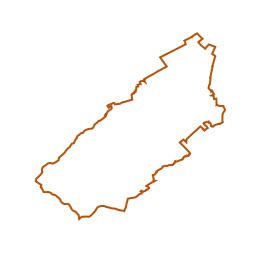 outline of Sansimion, Harghita, Romania, rotated 350°
{"feature_id": "2599482B56401198532515", "entity_name": "Sansimion", "entity_type": "district", "adm_level": 2, "iso_a3": "ROU", "parent_name": "Romania", "parent_adm1": "Harghita", "projection": "natural_earth1", "projection_center": [25.853, 46.241], "detail": "fine", "context": "isolated", "style": "outline", "palette": "amber", "viewbox_px": 256, "rotation_deg": 350, "n_neighbors": 0, "source": "geoboundaries", "source_scale": "gbopen_adm2", "svg_char_len": 5731}
<svg xmlns="http://www.w3.org/2000/svg" viewBox="0 0 256 256"><g transform="rotate(350 128 128)"><path d="M64.1,209.1L67.0,207.4L71.7,208.0L73.7,208.5L74.4,208.6L74.8,208.5L76.7,207.5L80.8,204.5L81.5,203.9L82.2,202.9L82.8,202.3L83.4,201.6L84.8,200.6L86.3,200.3L88.4,200.2L90.3,200.5L91.0,200.8L91.7,201.1L92.6,201.8L93.4,202.2L95.2,202.9L95.9,203.2L97.9,204.2L98.8,204.5L100.6,205.0L101.0,205.1L101.6,205.3L102.0,205.6L102.5,205.8L103.8,206.7L104.6,207.1L105.5,207.5L106.2,207.9L107.8,208.2L109.0,208.6L109.8,209.2L112.0,205.8L113.0,203.6L113.6,201.8L115.1,198.9L115.6,197.6L118.1,197.5L119.9,197.6L122.7,197.6L123.6,197.4L124.5,197.1L125.3,196.6L125.7,196.4L126.0,196.3L126.4,195.9L126.8,195.7L127.1,195.4L127.3,195.3L127.5,195.2L127.9,195.1L128.5,195.0L129.6,194.8L130.1,194.9L130.2,194.1L130.7,193.6L129.6,192.5L130.2,192.1L131.7,193.5L132.4,193.3L133.4,192.9L134.3,192.8L134.9,192.2L135.4,192.4L135.8,191.8L136.4,192.0L137.2,191.6L138.4,190.8L138.1,189.9L136.0,188.3L141.1,186.1L141.8,185.8L142.3,185.7L144.6,185.1L145.4,184.8L144.2,184.5L143.9,183.7L144.4,183.4L144.4,183.0L144.4,182.6L144.4,182.0L144.3,179.8L144.2,178.6L145.9,178.6L146.3,178.5L147.2,177.7L147.4,177.3L148.7,176.3L148.4,175.8L149.1,175.5L150.9,174.6L154.0,173.7L154.4,173.2L155.2,172.4L155.8,171.8L156.1,171.9L156.7,171.8L157.3,172.0L157.5,172.0L158.2,171.8L158.8,171.8L159.1,171.9L159.7,172.2L160.5,172.1L160.8,171.9L162.1,171.6L162.5,171.8L162.8,171.9L163.4,171.8L164.3,171.8L164.8,171.9L165.2,172.2L165.4,172.2L165.7,172.1L165.8,172.0L166.1,171.9L166.2,171.6L166.3,171.6L166.6,171.5L167.2,170.9L167.2,170.7L167.3,170.5L167.6,170.4L167.7,170.5L167.8,170.4L168.0,170.3L168.0,170.1L168.3,170.1L168.3,169.7L168.8,169.5L168.8,169.4L168.5,169.1L168.6,168.9L168.8,169.1L169.1,169.1L169.3,169.3L169.5,169.4L170.9,169.4L174.3,168.7L176.1,168.5L176.4,168.3L176.5,168.2L176.5,167.9L176.5,167.7L176.9,167.3L177.3,167.3L177.3,167.0L177.7,166.4L177.9,166.3L178.5,166.2L178.9,166.1L179.0,165.9L179.4,165.6L179.5,165.6L179.6,165.8L180.0,166.1L180.4,166.1L180.5,165.9L180.7,165.6L180.9,165.3L181.1,165.3L181.4,165.5L181.5,165.6L181.8,165.8L182.3,165.7L182.6,166.0L182.8,165.9L182.9,165.6L183.3,165.4L184.0,164.9L183.7,164.4L184.7,163.8L184.5,163.0L183.3,161.2L182.1,159.3L176.5,151.2L180.6,149.0L182.9,152.1L183.0,151.4L183.7,149.4L185.1,148.3L199.6,139.0L201.9,142.2L202.0,142.3L201.7,142.5L202.7,143.8L204.1,143.0L205.1,142.5L206.5,141.9L205.3,139.5L203.7,137.5L203.2,136.7L203.6,136.4L203.7,136.1L205.9,135.8L208.6,135.6L208.5,136.9L209.5,137.0L209.9,137.7L210.2,138.5L210.2,138.8L210.2,139.4L210.1,140.5L210.2,140.8L210.9,141.2L212.0,141.4L212.5,141.3L212.6,141.2L212.5,140.7L213.7,140.4L214.5,140.0L215.0,140.1L215.4,140.1L215.9,139.9L218.7,139.6L218.8,140.0L219.2,139.9L219.6,139.7L222.3,138.8L222.2,137.8L222.4,136.2L223.3,131.8L223.5,131.1L223.9,130.3L224.1,130.0L224.6,129.4L226.5,127.3L226.7,126.9L226.7,126.6L225.9,124.1L225.7,123.0L224.8,122.6L224.2,122.7L223.6,122.6L222.0,122.0L221.4,121.9L220.9,121.6L220.6,121.3L220.4,121.2L219.1,121.0L219.3,120.6L219.3,120.2L219.5,119.0L219.8,116.3L220.0,114.4L217.8,114.4L217.8,111.2L216.8,110.9L215.9,110.5L218.5,109.7L217.1,105.7L216.3,106.4L216.3,105.9L214.2,102.7L215.4,99.8L216.4,99.0L216.3,98.6L217.3,95.6L218.1,92.9L217.7,92.8L222.0,82.1L221.7,82.0L226.3,72.6L226.5,72.4L225.9,71.6L223.7,69.6L228.1,63.3L222.2,59.8L219.7,61.6L217.8,63.3L214.7,59.7L213.2,57.5L212.3,55.8L212.2,55.6L216.9,53.1L215.8,51.7L212.4,46.8L208.4,48.4L207.0,49.0L207.1,49.3L198.7,51.8L199.2,54.0L199.4,55.5L198.5,55.9L178.8,61.9L171.9,64.0L176.8,74.2L168.2,77.0L161.6,79.5L152.5,82.7L152.8,83.3L151.8,83.7L152.1,84.2L152.4,84.9L152.6,85.6L152.2,85.2L151.1,84.4L149.7,84.1L148.6,84.2L147.5,84.6L147.7,85.3L148.1,86.7L148.1,86.9L145.0,87.2L145.3,88.6L145.3,88.9L143.4,88.9L142.7,91.6L142.3,91.9L142.4,92.0L142.1,93.2L141.1,93.2L141.3,93.8L139.7,94.2L139.9,94.9L137.8,95.3L137.7,95.8L137.5,96.0L137.3,96.1L137.1,96.5L137.2,97.2L137.0,99.4L137.2,100.8L136.2,100.9L135.6,100.9L135.5,101.0L127.4,101.9L127.1,101.7L126.0,102.0L124.7,102.7L122.7,102.7L121.2,102.6L120.5,102.5L119.3,102.5L118.7,100.9L117.5,101.0L115.1,101.6L114.6,101.6L113.1,101.9L111.6,102.5L112.4,104.6L113.0,104.5L113.9,103.9L115.2,103.7L115.4,103.7L115.4,105.2L115.3,106.0L114.4,106.6L113.9,106.7L110.9,108.2L110.4,109.0L110.0,109.4L109.4,110.0L108.7,110.1L107.8,111.2L108.7,111.5L107.9,112.7L107.0,113.2L103.4,115.2L102.5,115.6L101.6,116.0L100.7,115.7L99.7,116.3L99.2,116.9L98.7,117.3L97.2,117.9L96.4,118.6L95.8,118.8L95.3,119.1L95.0,120.0L93.5,121.8L92.8,122.3L91.2,122.2L89.4,122.1L87.6,122.3L86.1,122.6L84.6,123.2L83.5,124.3L82.6,125.0L80.8,125.0L78.6,126.3L77.5,126.8L76.5,127.5L76.4,127.8L75.8,129.0L74.7,129.8L73.5,131.2L72.8,132.5L72.3,133.2L71.3,133.7L70.2,133.7L70.0,133.8L69.5,134.2L68.2,135.5L67.6,136.4L67.3,136.7L65.4,137.6L64.5,138.2L63.1,139.4L62.3,140.4L61.3,141.2L60.2,142.1L58.7,143.0L58.2,143.1L56.9,144.2L55.7,144.6L55.3,144.9L55.0,145.2L54.9,145.5L54.7,146.2L53.7,147.9L53.1,148.2L52.2,148.6L50.1,149.3L48.0,150.1L46.9,149.7L46.3,149.3L45.0,148.9L44.7,148.8L44.1,149.0L43.4,149.0L43.0,149.0L40.9,150.2L38.3,151.3L37.8,151.5L37.2,152.0L36.6,152.8L36.3,153.5L35.9,154.9L36.0,155.9L36.0,156.5L35.8,156.9L35.1,157.6L33.4,159.1L31.8,160.2L29.6,161.6L28.7,162.3L27.9,164.6L32.8,169.0L32.4,170.2L31.9,170.5L31.8,171.3L31.8,171.6L32.6,172.1L33.8,176.4L37.5,177.1L39.1,177.5L39.4,177.7L41.2,179.0L41.3,179.5L42.0,180.4L43.8,180.9L44.3,181.3L44.9,181.7L45.5,182.2L46.4,183.6L47.6,184.6L47.8,185.2L48.7,186.3L48.9,187.0L49.0,187.5L48.9,188.2L49.6,189.4L49.9,190.0L50.7,190.8L51.6,191.6L54.7,192.3L55.8,192.4L56.8,193.4L57.2,194.3L57.9,196.2L58.2,197.7L58.8,198.9L59.5,199.8L61.7,201.2L64.3,205.3L64.1,209.1Z" fill="none" stroke="#b45309" stroke-width="2"/></g></svg>